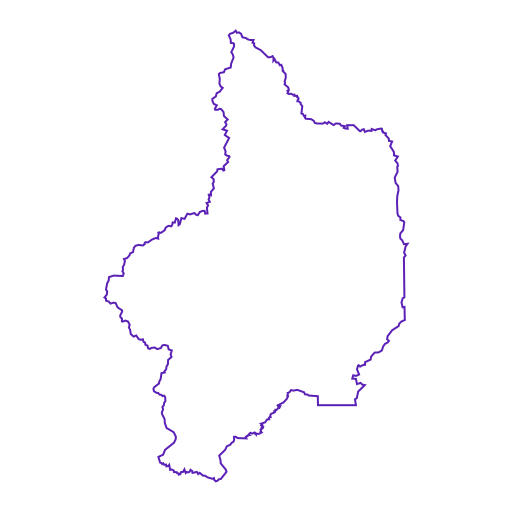 El Carmen, Manabi, Ecuador
{"feature_id": "8360857B97185681080722", "entity_name": "El Carmen", "entity_type": "district", "adm_level": 2, "iso_a3": "ECU", "parent_name": "Ecuador", "parent_adm1": "Manabi", "projection": "mercator", "projection_center": [-79.579, -0.327], "detail": "fine", "context": "isolated", "style": "outline", "palette": "violet", "viewbox_px": 512, "rotation_deg": 0, "n_neighbors": 0, "source": "geoboundaries", "source_scale": "gbopen_adm2", "svg_char_len": 6054}
<svg xmlns="http://www.w3.org/2000/svg" viewBox="0 0 512 512"><path d="M215.2,109.8L217.8,109.8L219.7,108.7L221.2,109.2L223.5,112.0L224.0,116.1L227.7,119.5L225.1,122.1L226.4,124.2L226.2,125.6L222.6,129.3L227.0,130.7L224.8,135.0L229.1,138.0L224.1,147.6L225.6,151.4L225.2,154.4L226.8,155.6L229.2,156.1L229.5,156.9L227.1,160.2L228.1,162.0L223.7,166.2L224.3,170.2L223.3,170.5L221.9,168.7L217.5,169.3L217.1,171.4L211.4,177.2L213.6,179.1L213.8,181.9L212.7,183.6L213.9,188.3L210.9,191.9L211.0,195.2L209.2,194.5L208.7,194.8L209.5,197.0L208.6,199.5L209.8,201.8L206.6,203.0L208.1,205.5L206.9,207.6L207.5,213.5L205.2,213.6L204.6,210.9L202.5,210.9L199.8,212.0L197.8,215.2L196.2,214.8L194.4,213.0L190.2,214.4L187.4,213.7L184.5,218.9L181.4,218.1L179.8,224.1L178.6,225.1L178.2,220.1L177.1,218.7L176.0,218.3L174.8,222.6L172.7,222.4L172.1,225.2L171.1,226.4L169.2,225.8L167.5,226.3L165.5,227.9L164.8,230.1L160.9,232.9L159.0,232.3L158.3,232.8L158.7,234.2L157.9,236.8L158.2,238.6L155.7,238.0L152.1,239.5L147.9,242.4L145.4,242.2L144.5,243.3L144.7,244.1L142.9,245.5L138.7,244.9L135.4,245.8L133.9,247.8L133.0,252.1L130.1,253.4L129.5,255.3L127.1,258.1L124.0,259.0L124.9,261.0L124.1,264.8L122.7,267.1L123.1,269.8L122.4,271.2L123.7,273.4L122.8,276.0L113.6,275.6L109.0,277.1L108.7,280.5L107.3,282.9L106.2,288.3L106.0,289.7L107.2,291.3L106.8,294.6L104.5,297.5L106.0,298.5L106.0,300.6L108.9,301.7L110.5,303.6L113.4,302.7L115.6,303.0L117.6,307.4L122.0,310.3L122.2,311.5L120.2,315.5L120.4,317.2L122.0,318.6L121.9,321.4L122.7,321.6L125.3,320.6L128.0,321.5L129.7,324.9L128.9,327.4L130.2,330.2L130.7,333.9L133.6,336.6L136.2,335.5L138.8,339.2L140.9,339.8L142.9,339.3L143.5,341.8L145.1,342.6L145.4,344.8L147.5,345.6L148.1,348.3L149.8,349.0L151.4,347.9L154.7,347.5L157.2,349.1L160.8,348.1L162.3,345.5L164.3,344.9L167.8,345.8L168.7,349.4L171.8,350.5L170.6,354.4L171.5,357.0L168.1,360.0L167.9,364.3L166.5,366.5L166.2,369.2L164.3,371.5L164.7,372.5L161.5,373.1L160.6,379.2L159.3,381.4L159.0,383.5L154.1,387.3L153.4,388.9L154.0,391.3L156.9,393.0L158.1,392.9L159.6,394.6L161.5,394.9L162.5,396.1L164.2,395.7L165.2,397.2L165.4,401.1L164.2,402.8L163.8,405.3L162.4,407.0L163.1,409.3L161.8,412.5L162.2,414.4L164.5,418.8L164.9,423.3L166.6,428.0L173.7,432.2L175.9,436.8L175.6,439.4L174.0,442.7L165.1,449.8L163.1,454.7L158.4,456.9L160.1,462.6L161.6,463.1L162.2,464.1L163.3,463.3L164.3,464.8L166.1,464.6L166.4,466.4L168.5,465.9L169.2,464.9L170.2,469.9L171.6,469.5L173.7,470.5L174.0,472.1L176.8,472.2L177.1,473.2L178.5,473.4L178.8,474.6L180.3,474.2L181.0,472.1L183.2,471.8L184.4,469.4L185.7,473.0L186.9,471.9L188.1,472.4L189.7,471.7L190.5,469.8L192.1,470.9L192.5,472.9L196.9,471.9L198.2,474.1L199.7,472.8L202.9,475.6L204.9,475.7L207.9,477.5L212.5,478.8L213.9,478.1L214.2,479.8L215.7,481.3L217.3,480.9L218.9,479.3L220.8,479.0L226.5,471.8L225.9,469.8L220.7,463.3L220.5,460.1L219.2,455.6L225.2,449.8L226.8,446.3L230.3,444.7L231.6,442.9L233.5,441.6L234.2,439.8L234.0,436.8L235.8,436.8L237.7,438.1L246.2,438.4L245.5,437.4L246.6,436.1L247.5,436.3L248.2,435.1L249.1,435.0L248.6,434.7L250.3,432.8L252.3,433.6L254.4,432.6L255.1,433.7L255.6,433.2L256.2,434.4L256.4,433.7L258.9,433.9L261.6,432.5L260.6,431.7L261.1,431.1L260.6,429.7L262.8,428.1L263.3,426.8L262.7,426.3L261.8,427.1L262.3,425.6L261.3,425.3L262.0,424.5L261.0,423.7L265.2,422.3L267.0,419.5L269.1,419.3L268.8,418.1L269.6,417.0L270.6,417.1L270.3,415.1L270.9,414.0L274.6,412.4L274.2,411.3L275.2,411.2L275.4,409.8L276.5,410.0L278.3,408.0L279.3,408.0L280.2,406.3L278.2,406.5L277.6,405.4L283.4,402.5L286.7,399.0L288.1,396.2L287.3,395.7L287.9,394.2L287.6,393.0L289.5,392.2L291.0,390.1L293.3,390.6L297.4,389.9L304.1,392.3L304.9,394.3L307.6,394.6L308.6,395.5L317.8,396.2L318.0,405.2L355.9,405.2L355.0,399.3L356.8,398.1L358.2,391.5L364.8,385.1L362.3,384.6L360.6,382.9L357.0,384.1L355.9,378.9L352.3,378.6L353.2,375.3L356.0,375.9L359.1,374.5L357.0,369.3L358.0,365.7L358.7,365.2L360.1,366.6L363.3,364.9L365.0,364.9L365.1,362.1L370.6,359.6L371.2,356.5L374.6,352.6L378.6,352.4L381.9,350.4L383.1,346.6L384.9,343.9L387.8,342.4L388.9,340.9L387.1,339.2L387.6,336.2L392.2,330.2L398.6,326.1L399.2,323.8L401.1,321.7L404.8,320.0L404.5,306.9L402.6,307.3L401.5,302.4L402.7,298.3L404.4,297.3L403.9,257.5L405.6,255.4L404.1,252.7L405.6,246.5L407.5,243.8L404.0,244.2L402.2,240.3L400.4,238.6L400.0,236.6L400.3,233.4L403.1,230.2L404.3,222.3L403.5,221.1L400.4,220.0L400.4,217.4L398.2,215.8L397.5,213.5L397.0,202.2L397.3,195.8L398.5,190.4L398.2,186.1L395.6,182.9L394.7,177.6L397.6,171.8L397.2,167.0L398.0,165.8L397.5,163.3L395.2,160.6L397.8,156.5L394.0,155.4L393.9,152.0L390.2,146.1L392.1,141.5L389.0,140.9L388.8,138.6L385.4,134.9L386.0,133.4L382.9,132.4L383.0,131.4L382.1,130.9L381.9,128.8L381.3,128.5L376.6,129.4L375.3,130.3L371.7,129.0L371.5,130.9L368.3,130.6L364.9,131.9L363.8,129.2L362.0,129.7L360.5,131.2L359.7,131.0L353.7,125.2L347.2,125.2L347.7,128.7L345.2,128.5L343.7,127.8L344.9,126.2L341.2,125.6L339.7,123.7L335.8,123.5L333.6,125.1L328.6,121.9L327.2,123.8L324.9,122.3L322.9,123.6L317.4,123.5L314.9,123.0L313.8,120.9L311.3,119.2L305.7,118.7L305.0,117.8L305.3,115.7L304.0,116.1L303.0,114.1L301.4,113.5L302.3,106.2L300.6,103.9L300.7,102.9L298.8,101.4L297.4,101.3L297.7,99.7L298.6,98.8L298.1,97.4L297.0,96.9L297.0,95.8L294.3,95.9L294.4,94.7L292.7,94.7L291.1,93.7L289.1,94.1L287.5,93.3L288.3,91.7L287.5,90.8L288.9,89.8L288.2,87.4L284.6,84.4L285.1,82.6L284.6,81.5L285.8,77.6L285.6,73.9L282.8,71.1L283.2,70.5L282.6,70.0L282.6,68.0L281.3,64.8L279.9,65.3L278.3,62.5L276.2,62.4L274.7,59.3L273.4,60.8L273.5,57.8L272.6,56.1L270.3,57.2L268.1,57.3L260.8,50.2L255.7,47.5L254.0,45.5L254.2,43.3L252.5,42.7L253.5,40.0L250.1,40.0L247.4,39.2L246.1,38.1L242.4,37.3L241.1,33.8L238.9,32.4L236.9,32.8L235.7,30.7L233.3,32.7L230.1,33.8L228.8,35.3L230.6,39.3L230.9,42.9L233.3,43.2L234.1,44.0L233.9,46.8L231.3,52.2L232.7,54.3L233.6,57.4L231.2,63.5L230.7,67.5L225.1,69.3L223.9,72.2L220.0,73.0L218.8,74.2L219.8,79.0L219.4,83.7L220.7,86.5L222.7,87.9L219.7,91.7L216.7,93.2L215.8,96.5L212.4,98.8L212.4,100.9L213.7,103.8L216.8,105.3L214.8,108.9L215.2,109.8Z" fill="none" stroke="#5b21b6" stroke-width="2"/></svg>